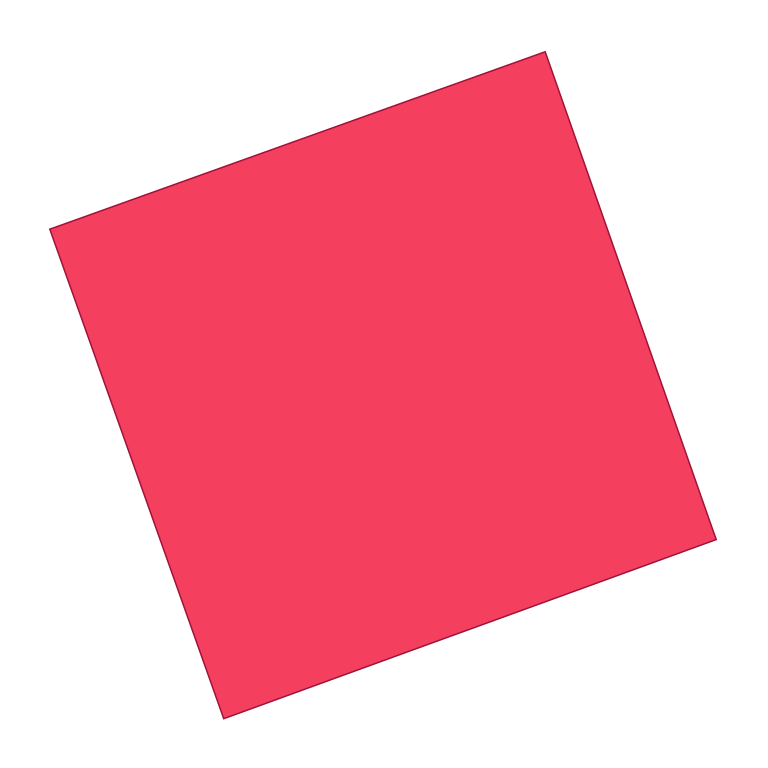 outline of Realicó, La Pampa, Argentina, rotated 160°
{"feature_id": "61730980B60690576919105", "entity_name": "Realicó", "entity_type": "district", "adm_level": 2, "iso_a3": "ARG", "parent_name": "Argentina", "parent_adm1": "La Pampa", "projection": "robinson", "projection_center": [-64.197, -35.226], "detail": "fine", "context": "isolated", "style": "filled", "palette": "rose", "viewbox_px": 768, "rotation_deg": 160, "n_neighbors": 0, "source": "geoboundaries", "source_scale": "gbopen_adm2", "svg_char_len": 435}
<svg xmlns="http://www.w3.org/2000/svg" viewBox="0 0 768 768"><g transform="rotate(160 384 384)"><path d="M118.9,641.1L228.6,641.7L384.4,642.5L543.2,643.3L643.7,643.8L645.1,643.8L646.1,505.1L646.2,499.8L647.3,351.9L649.0,132.9L649.1,124.3L645.3,124.3L587.2,124.3L454.8,124.3L345.1,124.2L159.6,124.2L140.8,124.2L125.0,124.2L124.9,137.1L123.7,237.6L121.2,447.7L118.9,641.1Z" fill="#f43f5e" stroke="#9f1239" stroke-width="1.5"/></g></svg>